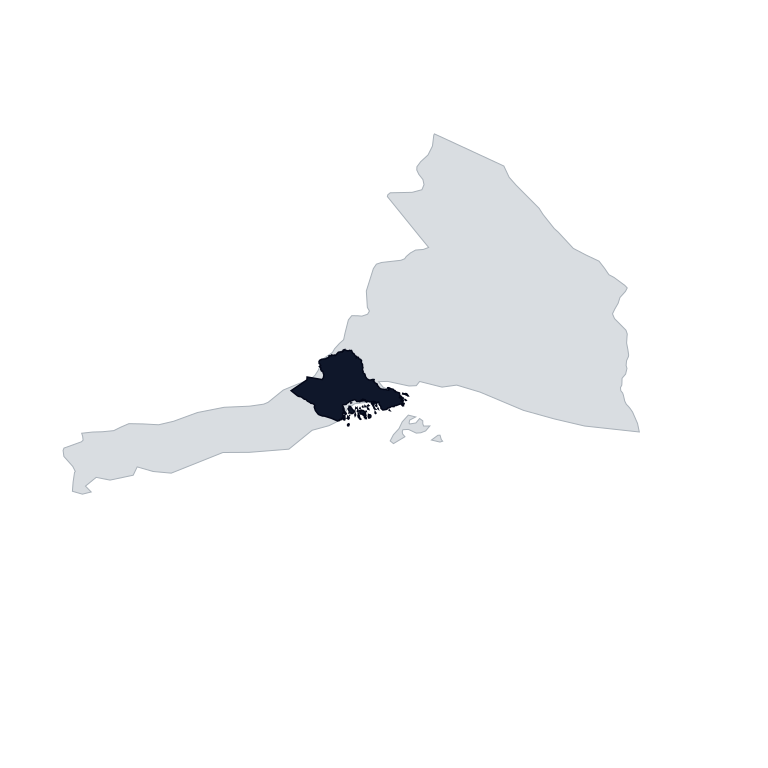 Ghelaelo, Semenawi Keyih Bahri, Eritrea shown in context, rotated 120°
{"feature_id": "51966322B44831299318058", "entity_name": "Ghelaelo", "entity_type": "district", "adm_level": 2, "iso_a3": "ERI", "parent_name": "Eritrea", "parent_adm1": "Semenawi Keyih Bahri", "projection": "natural_earth1", "projection_center": [40.103, 14.909], "detail": "fine", "context": "in_parent", "style": "filled", "palette": "ink", "viewbox_px": 768, "rotation_deg": 120, "n_neighbors": 0, "source": "geoboundaries", "source_scale": "gbopen_adm2", "svg_char_len": 8562}
<svg xmlns="http://www.w3.org/2000/svg" viewBox="0 0 768 768"><g transform="rotate(120 384 384)"><path d="M142.2,465.4L139.9,440.4L138.4,423.7L136.8,406.0L135.3,389.2L142.4,379.0L145.7,369.2L154.3,337.5L157.6,331.2L164.3,314.2L165.3,309.3L171.9,287.9L171.3,273.6L170.1,259.2L173.6,250.7L176.9,243.9L176.7,238.2L178.2,224.7L179.2,221.4L183.1,221.2L191.1,222.9L197.0,221.6L203.7,221.6L209.0,221.2L212.1,217.1L216.4,201.4L219.1,198.3L221.3,197.3L227.2,194.4L232.4,189.9L236.6,186.6L238.1,186.0L242.5,185.6L246.9,183.6L249.0,181.4L254.6,179.7L260.0,180.7L263.7,178.7L266.1,177.5L268.9,177.4L271.4,175.6L272.5,172.8L274.1,171.0L278.4,167.0L280.4,164.0L281.2,161.1L282.1,158.7L284.0,154.7L291.4,144.7L297.9,138.9L320.1,189.3L329.1,219.1L337.1,250.1L343.0,296.8L348.6,320.5L357.7,332.2L364.0,354.4L369.3,355.2L373.2,361.3L379.9,382.1L384.7,389.9L387.2,383.2L386.9,379.4L385.0,373.0L386.8,364.7L390.5,359.8L399.0,366.5L403.6,371.6L404.9,381.8L406.8,387.5L415.7,399.5L423.3,403.0L433.0,403.9L441.2,406.5L447.7,410.9L460.0,423.1L488.0,433.8L510.6,466.6L523.9,489.3L567.6,523.7L575.2,540.2L579.2,556.3L588.4,555.6L604.2,573.2L608.8,586.6L621.7,591.5L623.9,583.6L630.2,590.1L632.7,600.2L624.4,604.2L615.3,607.8L614.1,607.6L611.0,612.3L606.8,625.0L602.0,628.7L599.5,629.1L585.3,617.1L583.1,616.5L580.0,618.8L577.8,621.2L571.2,612.2L566.3,604.2L559.5,594.7L553.0,590.4L545.9,585.1L539.0,572.6L532.0,558.8L521.5,547.6L502.0,531.3L484.1,510.8L470.4,489.3L461.6,478.1L457.8,475.2L439.6,468.2L426.8,458.4L417.0,450.3L411.0,448.1L405.2,447.8L392.8,449.4L382.5,444.4L378.1,444.4L371.2,442.9L365.8,441.1L359.4,443.2L346.3,446.9L341.0,446.1L338.1,441.0L336.3,437.1L331.8,433.1L328.1,433.1L326.0,436.7L312.3,445.8L289.4,450.9L284.0,450.5L280.0,446.9L268.4,431.2L265.2,428.7L262.5,428.5L257.2,426.6L252.2,423.6L247.8,417.2L243.4,413.6L238.7,426.1L230.3,448.0L225.8,459.7L220.0,474.8L218.2,475.3L215.3,474.2L203.9,455.4L196.8,448.3L191.4,449.0L187.5,452.5L185.0,458.7L182.3,462.6L179.4,464.1L173.2,463.4L163.6,460.4L153.7,461.0L143.6,465.3L142.2,465.4ZM411.1,340.1L414.1,344.8L416.3,344.3L418.0,342.8L419.2,339.5L430.9,346.0L430.2,350.2L423.2,350.5L415.1,348.7L407.7,349.3L398.8,347.4L396.7,340.1L402.4,343.7L405.3,342.8L405.8,341.8L401.8,336.9L396.1,335.9L396.5,332.0L399.1,330.5L400.6,328.6L397.4,323.3L403.8,324.5L407.8,327.7L410.4,331.5L411.1,340.1ZM406.3,306.5L408.8,314.9L401.5,311.7L400.3,309.9L403.5,306.6L404.2,304.6L406.3,306.5Z" fill="#d9dde1" stroke="#a8b0b8" stroke-width="1"/><path d="M439.2,405.5L438.7,405.5L438.1,404.4L437.6,404.2L437.8,404.6L437.4,404.8L436.8,404.5L436.0,402.9L435.3,402.9L434.8,403.5L434.3,403.0L433.5,402.8L433.4,402.4L433.7,402.1L434.5,402.5L435.1,400.9L434.9,400.3L434.4,400.7L433.9,400.2L433.6,400.3L433.8,400.9L432.1,401.2L431.1,402.6L432.8,403.3L431.5,403.8L430.7,405.0L429.5,405.1L429.4,404.1L428.7,403.2L429.8,402.3L428.8,401.7L429.0,401.2L428.1,402.5L428.2,403.1L427.8,403.4L427.7,403.7L428.0,404.0L427.7,404.5L427.6,404.0L427.1,405.4L427.4,405.0L427.7,405.1L427.0,406.2L426.5,405.8L426.5,406.7L426.1,407.1L425.5,406.9L425.5,406.3L425.1,406.5L424.9,406.9L425.3,407.4L424.1,407.9L423.9,409.1L422.5,409.2L420.7,406.7L418.6,406.2L417.7,405.4L416.2,405.3L415.2,404.0L412.4,401.9L412.1,400.5L412.8,398.8L411.8,397.2L411.4,397.5L411.0,397.1L411.4,396.0L409.7,395.7L410.0,394.9L409.3,394.7L409.1,394.2L408.9,395.3L407.7,394.8L407.5,393.9L407.8,393.4L407.4,393.4L407.1,392.5L407.7,392.5L408.4,393.8L408.8,393.6L408.3,393.4L408.3,392.8L407.9,392.4L408.2,391.3L407.9,391.2L408.1,390.3L407.7,390.5L407.4,389.6L406.9,389.4L406.6,387.3L404.3,384.5L403.6,382.7L403.8,382.1L404.8,381.5L404.8,380.9L402.9,380.3L402.3,379.7L404.4,377.3L405.0,375.6L406.6,374.4L407.1,372.0L404.9,369.3L404.0,368.7L403.0,368.8L401.6,367.3L399.7,366.3L398.6,364.0L397.4,364.0L396.7,362.8L393.5,360.2L393.2,360.2L392.6,358.7L392.1,358.7L392.4,358.0L391.7,356.8L391.1,356.6L390.8,356.9L391.3,357.8L391.2,358.3L389.9,358.6L389.9,360.3L390.0,360.3L390.2,360.6L388.6,361.3L388.1,360.6L388.7,360.5L389.0,359.7L388.6,359.1L388.3,359.2L388.0,360.6L388.2,362.1L388.1,362.9L387.7,363.0L387.8,363.3L387.6,363.2L387.1,360.9L387.1,362.4L388.0,364.4L387.3,363.5L386.9,362.5L386.9,361.3L386.7,361.2L386.0,363.3L386.1,364.6L384.0,366.1L384.7,369.3L384.6,370.2L384.8,369.8L385.1,370.2L384.2,371.1L384.5,371.9L384.0,373.5L384.6,375.2L384.8,378.0L385.4,378.9L385.9,378.9L385.7,378.3L386.0,377.3L386.7,376.7L387.2,377.0L388.2,380.6L388.2,380.4L388.9,381.5L388.9,382.2L389.5,382.9L389.8,384.7L389.7,386.1L388.8,387.9L388.8,388.8L387.6,389.7L387.4,390.3L387.6,392.2L387.1,393.0L386.8,394.5L385.2,394.6L385.1,394.9L385.8,396.2L387.6,398.0L388.0,399.2L388.0,401.4L386.9,403.7L385.0,405.5L384.7,408.1L383.7,408.2L382.3,409.9L380.1,410.6L379.9,411.1L377.7,412.5L376.8,414.4L374.9,415.2L374.4,416.6L374.7,418.1L373.9,419.4L374.2,419.5L374.0,420.1L374.2,420.9L375.0,421.1L373.9,421.7L374.0,423.2L372.8,425.2L372.8,426.8L371.2,428.9L371.8,429.6L372.0,430.6L373.3,431.6L374.2,435.1L373.8,435.2L374.2,435.7L375.2,436.3L376.0,435.7L376.5,436.5L377.4,436.3L377.6,437.3L379.3,439.4L383.6,440.3L383.5,441.1L384.0,441.2L384.9,443.3L385.4,443.4L385.2,444.0L386.1,444.0L387.1,445.7L388.7,445.1L390.5,446.8L391.3,447.0L393.8,450.4L395.8,451.6L397.4,451.4L398.1,450.6L398.7,450.4L398.7,449.6L399.7,448.1L401.1,448.7L401.7,446.6L402.8,446.3L404.0,444.6L403.4,444.0L403.5,443.6L405.7,441.2L405.7,440.8L408.9,439.6L411.1,439.8L416.4,454.1L419.0,452.8L436.2,461.1L437.5,452.9L437.4,451.7L436.5,449.2L437.0,445.5L436.4,443.6L437.1,441.9L437.0,438.8L437.3,437.7L436.6,436.0L436.6,434.6L437.2,433.1L438.8,432.9L441.3,430.1L443.0,426.0L443.1,424.9L442.5,421.3L441.6,419.6L440.0,412.4L439.2,405.5ZM425.1,396.3L422.3,395.8L422.5,396.2L421.9,397.0L422.1,398.2L421.0,400.1L421.2,400.5L420.2,401.8L420.7,403.1L422.0,402.5L423.4,402.7L425.2,400.3L426.6,399.8L425.9,399.1L425.6,397.7L426.0,397.6L425.1,396.3ZM422.4,383.3L420.1,383.9L419.4,384.9L417.7,386.0L418.0,387.2L417.5,387.5L417.4,388.8L417.9,389.6L417.8,390.2L418.7,390.4L419.3,391.6L421.4,390.1L421.6,388.9L420.0,386.7L420.6,386.4L421.3,386.9L421.6,385.0L422.8,384.2L422.8,383.6L422.4,383.3ZM420.3,381.3L421.1,380.0L420.2,379.2L419.1,378.9L417.8,379.7L417.6,380.7L418.0,381.3L418.1,382.2L420.3,381.3ZM382.4,357.3L382.2,357.0L381.1,359.5L381.5,360.6L382.3,361.3L382.7,363.1L383.2,362.9L382.8,362.5L383.0,361.9L382.3,360.4L382.5,360.1L382.2,358.2L382.4,357.3ZM425.7,388.1L424.9,388.4L424.3,389.4L423.1,389.9L422.9,390.3L423.1,390.0L423.6,390.1L423.5,390.8L423.9,391.0L425.4,390.0L425.9,388.8L425.7,388.1ZM437.9,393.7L436.5,393.9L435.6,395.1L436.0,394.8L437.0,395.2L437.8,395.1L438.3,394.4L437.9,393.7ZM432.1,397.1L430.9,397.1L430.4,397.6L430.1,399.1L431.0,398.6L432.2,398.8L432.1,397.1ZM393.1,356.3L392.9,356.8L392.3,356.9L392.3,357.5L393.2,358.3L393.6,356.7L393.1,356.3ZM406.8,382.7L404.5,383.0L404.3,383.6L404.7,383.9L405.8,382.9L405.8,383.7L406.4,383.5L406.3,382.9L406.8,382.7ZM407.6,383.2L406.9,383.4L406.9,384.3L406.2,385.1L406.5,385.2L406.6,384.7L407.2,385.0L407.8,383.6L407.6,383.2ZM426.0,393.1L425.0,393.1L424.1,394.1L425.3,393.8L426.0,393.1ZM421.1,393.3L421.0,392.9L420.4,392.6L419.5,393.8L421.1,393.3ZM407.0,379.1L406.6,379.2L405.8,380.3L406.8,380.4L407.3,379.5L407.0,379.1ZM413.6,377.3L413.7,376.5L413.2,376.4L412.6,377.7L413.6,377.3ZM412.9,386.3L413.8,385.5L413.6,384.5L413.0,385.2L412.9,386.3ZM426.4,387.6L426.3,386.6L426.0,386.5L425.7,388.0L426.4,387.6ZM410.1,380.4L410.4,379.5L410.1,378.9L409.9,380.2L409.5,380.4L408.9,381.1L409.4,381.1L409.5,380.5L410.1,380.4ZM387.0,358.6L387.4,356.9L387.1,356.6L386.8,357.5L387.0,358.6ZM408.6,382.4L408.4,381.9L408.4,382.3L407.6,382.4L407.6,382.9L408.0,383.1L408.6,382.4ZM413.2,389.2L412.8,388.6L412.5,389.5L413.2,389.2ZM411.2,387.1L410.7,386.4L410.4,386.3L410.6,386.9L410.3,387.1L411.1,387.4L411.2,387.1ZM417.4,392.3L416.9,392.4L416.7,392.8L417.3,392.8L417.4,392.3ZM423.1,382.6L422.8,382.0L422.4,382.3L422.9,382.6L423.1,382.6ZM414.6,391.0L414.4,390.7L414.0,391.2L414.5,391.3L414.6,391.0ZM418.5,395.6L419.0,395.1L418.2,395.5L418.5,395.6ZM422.4,391.4L421.9,391.6L421.9,391.8L422.2,391.8L422.4,391.4ZM418.7,396.5L419.2,396.3L418.8,396.2L418.7,396.5ZM407.8,377.7L408.2,377.1L408.3,376.7L407.9,377.1L407.8,377.7ZM386.8,360.6L386.8,360.2L386.6,360.1L386.5,360.3L386.8,360.6ZM416.0,386.3L416.4,386.1L416.4,385.9L416.0,386.3ZM429.7,401.7L429.6,401.4L429.6,402.0L429.7,401.7ZM416.7,403.3L417.0,403.1L416.7,402.9L416.7,403.3ZM403.9,366.4L404.2,366.3L404.1,365.9L403.9,366.4ZM428.4,398.6L428.5,398.2L428.4,398.2L428.4,398.6ZM387.5,363.6L387.3,363.1L387.4,363.4L387.5,363.6Z" fill="#0f172a" stroke="#020617" stroke-width="1.5"/></g></svg>